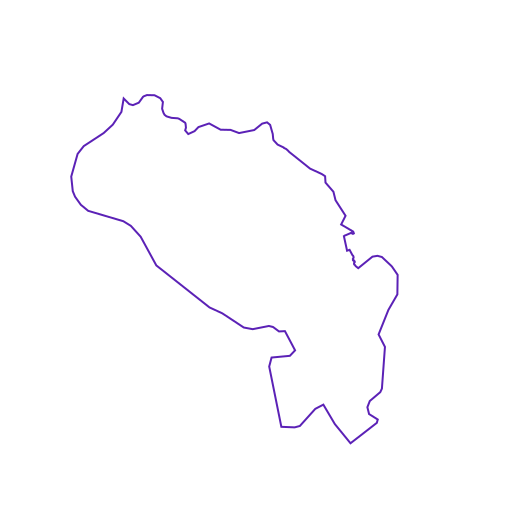 Limerick City North Lea-7, Clare, Ireland, rotated 51°
{"feature_id": "5873133B71721430029846", "entity_name": "Limerick City North Lea-7", "entity_type": "district", "adm_level": 2, "iso_a3": "IRL", "parent_name": "Ireland", "parent_adm1": "Clare", "projection": "albers", "projection_center": [-8.651, 52.672], "detail": "fine", "context": "isolated", "style": "outline", "palette": "violet", "viewbox_px": 512, "rotation_deg": 51, "n_neighbors": 0, "source": "geoboundaries", "source_scale": "gbopen_adm2", "svg_char_len": 1975}
<svg xmlns="http://www.w3.org/2000/svg" viewBox="0 0 512 512"><g transform="rotate(51 256 256)"><path d="M50.3,259.7L59.3,269.9L63.8,284.6L64.6,297.0L62.2,320.7L64.4,330.4L78.0,349.6L90.3,357.6L96.0,359.3L106.0,359.9L115.3,358.0L145.5,337.2L153.8,334.3L168.4,333.5L200.6,339.4L266.7,324.5L279.3,318.3L303.9,310.5L310.8,304.6L318.5,290.0L322.0,287.4L329.1,285.6L332.6,280.8L353.9,285.0L354.9,292.5L344.7,307.8L350.2,315.3L404.7,343.8L413.5,333.8L415.7,328.9L412.1,306.1L413.9,297.2L436.2,300.5L461.0,300.4L461.7,267.1L459.7,264.3L450.0,267.6L443.6,264.6L440.3,258.8L440.0,245.1L438.3,241.6L407.8,213.0L394.1,210.1L381.2,187.0L374.8,170.3L359.8,157.8L349.8,157.0L348.5,157.1L336.0,158.8L332.3,161.5L329.8,165.9L329.8,184.2L326.7,184.9L324.7,184.8L324.4,185.0L323.8,184.8L322.8,183.7L322.9,183.3L322.9,183.1L322.7,182.9L322.4,182.8L322.2,182.7L321.7,182.7L321.3,182.9L321.3,183.0L321.2,183.1L320.6,183.3L320.3,183.3L320.1,183.1L319.8,182.4L319.2,182.5L319.1,182.3L318.8,181.6L318.4,180.9L317.1,180.4L315.9,180.5L310.1,179.4L309.2,181.9L295.9,175.2L296.0,174.0L296.2,173.5L296.3,173.2L297.9,167.5L298.1,167.5L298.1,167.4L298.6,167.3L298.9,167.0L299.1,166.8L299.2,166.7L299.4,166.6L299.6,166.7L299.8,166.7L299.9,166.3L300.0,166.0L300.0,165.7L298.2,165.1L285.1,170.0L281.1,161.1L262.7,159.1L254.8,155.4L242.7,155.8L237.5,152.1L236.1,152.5L233.7,153.3L222.1,159.0L196.1,164.7L194.7,164.8L194.3,164.8L191.9,165.2L189.5,166.3L189.1,166.2L183.0,169.1L177.0,169.5L175.6,168.8L171.7,166.2L163.0,162.5L159.1,163.3L157.0,167.9L157.0,178.1L149.8,191.8L142.0,196.4L135.6,204.0L123.5,209.0L119.6,219.6L120.3,225.2L118.6,231.9L114.0,232.0L113.8,232.0L112.2,229.7L109.5,227.9L109.4,227.9L108.9,227.6L108.7,227.4L107.8,227.2L101.0,229.4L100.6,229.7L99.8,230.1L95.5,234.7L91.7,237.3L91.0,237.7L88.7,238.2L86.5,237.8L82.5,236.3L77.7,231.4L73.1,231.1L67.2,233.7L62.3,239.5L61.3,242.6L61.2,243.6L63.1,250.6L61.3,256.7L58.2,258.9L50.3,259.7Z" fill="none" stroke="#5b21b6" stroke-width="2"/></g></svg>